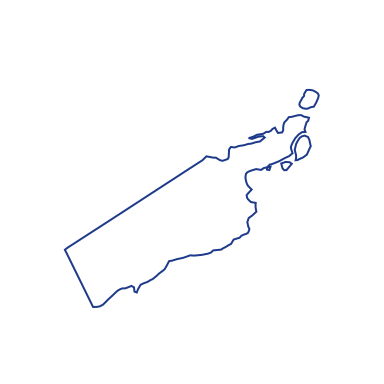 Luís Domingues, Maranhão, Brazil (Mercator projection), rotated 31°
{"feature_id": "56859067B19920779215846", "entity_name": "Luís Domingues", "entity_type": "district", "adm_level": 2, "iso_a3": "BRA", "parent_name": "Brazil", "parent_adm1": "Maranhão", "projection": "mercator", "projection_center": [-45.834, -1.35], "detail": "fine", "context": "isolated", "style": "outline", "palette": "blue", "viewbox_px": 384, "rotation_deg": 31, "n_neighbors": 0, "source": "geoboundaries", "source_scale": "gbopen_adm2", "svg_char_len": 2635}
<svg xmlns="http://www.w3.org/2000/svg" viewBox="0 0 384 384"><g transform="rotate(31 192 192)"><path d="M166.4,341.5L169.6,339.5L171.9,337.5L173.8,334.2L175.5,327.3L177.4,320.8L178.2,317.7L179.0,315.1L180.2,312.8L181.8,310.6L184.5,308.9L188.5,303.7L191.4,303.6L194.0,307.0L196.4,306.6L195.8,303.2L195.7,298.0L197.6,295.1L200.2,292.0L201.8,288.8L203.1,287.0L204.9,282.0L205.7,279.1L208.3,272.5L208.3,269.2L208.0,263.0L210.3,261.1L213.5,257.5L218.3,253.0L220.4,250.5L223.1,247.2L226.6,245.4L232.6,241.0L237.3,236.8L239.4,234.2L240.2,231.2L246.6,226.4L247.5,224.5L249.4,221.4L250.7,218.8L252.2,216.4L252.2,211.3L254.5,208.7L256.3,206.8L256.9,204.0L258.4,201.8L260.0,200.0L261.0,198.2L260.8,196.0L260.2,194.1L258.0,192.6L255.0,189.4L254.0,185.1L255.7,181.2L257.3,175.7L254.7,172.8L253.2,170.5L252.2,168.5L250.1,169.3L247.7,170.3L243.8,169.4L242.1,168.5L240.5,166.6L240.8,164.1L241.9,159.2L238.9,158.4L236.7,157.8L234.8,156.7L232.7,154.8L230.4,152.2L228.9,148.7L229.3,146.5L230.6,144.5L232.7,142.0L235.2,139.3L237.6,138.4L239.9,137.4L241.2,134.5L243.6,132.2L244.6,128.3L246.0,127.1L248.1,124.4L251.0,120.5L252.2,118.3L254.5,114.5L256.8,111.2L258.2,107.0L255.2,104.4L253.7,102.7L253.2,100.8L252.8,97.6L252.8,92.7L253.8,87.7L255.5,84.0L258.3,82.1L256.2,80.4L255.6,78.5L255.0,76.2L254.3,73.4L254.9,71.0L254.0,68.1L251.2,69.0L249.3,69.7L246.0,69.9L243.7,71.3L241.4,73.5L238.6,76.4L236.4,78.0L236.2,80.9L235.3,84.8L236.0,87.7L237.0,89.9L238.3,91.9L238.6,94.5L235.3,97.1L232.9,95.9L230.0,94.1L228.5,96.5L228.1,98.8L226.7,101.1L224.7,102.2L223.1,105.4L218.1,109.6L216.1,113.0L212.8,116.7L216.2,115.5L220.4,110.4L224.2,107.5L226.3,107.9L224.2,113.7L220.7,116.8L217.8,120.1L215.4,121.9L212.4,125.2L208.4,128.5L205.7,131.8L202.1,133.4L201.9,136.4L205.6,143.5L205.6,145.4L202.2,149.5L199.7,150.3L194.7,150.3L192.8,151.5L186.0,154.0L184.6,159.4L175.9,177.1L140.5,249.8L113.9,304.1L112.8,307.0L116.8,309.5L166.4,341.5ZM270.2,91.6L267.9,89.2L265.8,86.9L263.1,85.1L259.4,85.7L257.4,87.9L256.5,90.1L256.3,93.0L256.5,97.1L257.4,99.9L258.4,103.0L262.4,107.0L263.8,109.4L264.5,111.4L266.1,110.2L267.0,108.5L269.1,105.7L269.9,104.0L271.2,100.8L270.4,94.2L270.2,91.6ZM247.0,61.9L248.4,60.7L250.1,58.2L252.5,56.1L252.4,51.3L252.0,48.5L251.7,46.3L250.8,43.8L249.1,42.7L247.2,42.5L245.2,42.5L243.2,42.7L241.3,43.4L239.3,44.4L237.6,45.7L237.6,47.9L237.6,50.2L238.6,51.9L238.1,54.4L238.3,57.4L238.3,59.9L239.1,61.9L240.8,63.0L243.8,63.1L247.0,61.9ZM263.0,116.4L260.3,116.2L256.7,118.1L253.8,121.6L257.4,125.1L259.8,125.8L261.7,124.6L263.0,116.4ZM243.6,132.2L244.8,134.2L247.0,133.3L246.3,130.0L243.6,132.2Z" fill="none" stroke="#1e3a8a" stroke-width="2"/></g></svg>